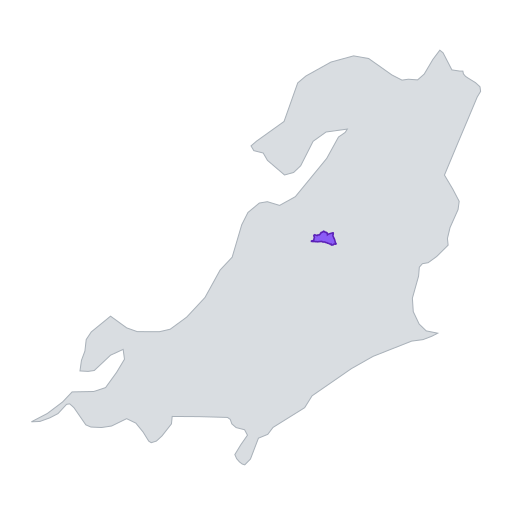 location of Naranjo, Alajuela, Costa Rica, rotated 91°
{"feature_id": "36466004B12549595917957", "entity_name": "Naranjo", "entity_type": "district", "adm_level": 2, "iso_a3": "CRI", "parent_name": "Costa Rica", "parent_adm1": "Alajuela", "projection": "robinson", "projection_center": [-84.384, 10.105], "detail": "fine", "context": "in_parent", "style": "filled", "palette": "violet", "viewbox_px": 512, "rotation_deg": 91, "n_neighbors": 0, "source": "geoboundaries", "source_scale": "gbopen_adm2", "svg_char_len": 5080}
<svg xmlns="http://www.w3.org/2000/svg" viewBox="0 0 512 512"><g transform="rotate(91 256 256)"><path d="M465.0,263.6L464.2,266.2L462.1,269.0L459.0,271.8L454.9,273.7L445.0,267.9L435.3,261.4L429.9,264.4L427.9,272.9L424.3,277.2L419.8,278.9L417.9,281.7L417.6,310.2L417.9,337.0L425.3,337.6L437.6,346.9L442.8,352.4L444.5,357.5L443.0,360.0L434.0,365.8L425.2,373.2L420.9,382.5L428.5,397.4L430.2,407.5L429.9,418.1L427.8,423.2L410.8,435.4L407.1,439.7L407.6,442.8L417.0,451.2L421.4,459.3L425.2,469.2L425.7,477.7L417.1,461.9L405.3,446.8L395.1,437.5L394.3,415.9L390.2,404.1L374.7,393.3L361.5,385.7L351.7,387.2L357.7,399.7L373.3,415.7L374.3,421.8L374.0,430.0L363.4,428.7L354.0,425.4L342.5,424.3L334.8,419.4L318.7,400.4L330.1,384.1L333.7,373.4L333.4,351.3L330.7,340.5L318.3,324.2L298.4,306.3L270.6,291.6L257.6,279.8L225.0,270.8L212.6,264.8L203.0,253.6L201.5,245.6L205.0,233.3L196.0,217.7L157.2,187.0L135.6,175.6L130.9,169.0L127.5,166.9L130.8,188.1L140.3,200.9L165.0,212.9L171.8,219.8L174.5,228.9L160.2,246.2L152.9,250.6L150.7,260.0L146.0,262.9L141.1,257.4L121.0,230.3L82.2,217.3L75.2,209.3L60.8,184.5L54.2,161.9L56.6,146.8L72.6,123.3L77.6,113.1L76.6,106.8L77.1,97.5L71.2,91.0L56.4,82.6L47.0,75.8L49.6,72.5L66.5,63.4L67.6,55.2L67.5,52.4L70.3,51.8L72.7,49.7L74.2,47.4L78.9,39.5L82.9,35.0L87.5,34.3L93.2,37.6L114.5,46.1L138.1,55.6L171.8,69.0L185.7,60.4L197.8,53.8L206.1,54.8L224.2,62.5L235.1,64.9L241.8,64.1L253.4,75.4L259.7,83.8L260.8,89.5L264.3,92.5L273.3,93.1L295.4,98.9L308.9,97.8L321.2,91.7L327.9,84.5L330.0,73.0L333.1,78.7L336.7,87.6L338.4,99.0L354.3,137.2L366.9,158.6L394.8,197.5L406.8,204.7L427.1,236.0L434.1,241.1L438.1,250.4L459.1,258.0L465.0,263.6Z" fill="#d9dde1" stroke="#a8b0b8" stroke-width="1"/><path d="M240.7,196.6L240.5,196.4L240.5,196.1L240.6,195.9L240.6,195.5L240.7,195.4L240.7,195.1L240.8,195.0L240.8,194.7L240.7,194.5L240.7,194.4L240.7,194.1L240.7,193.9L240.5,193.7L240.5,193.4L240.6,193.1L240.6,192.9L240.5,192.7L240.4,192.6L240.4,192.4L240.4,192.2L240.5,191.9L240.4,191.7L240.2,191.3L240.2,191.0L240.2,190.9L240.3,190.8L240.4,190.6L240.4,190.4L240.5,190.4L240.6,190.1L240.6,189.9L240.8,189.7L240.9,189.3L240.9,189.2L240.9,188.8L240.9,188.7L240.7,188.5L240.7,188.4L240.7,188.2L240.8,188.1L240.9,187.9L240.9,187.7L240.8,187.3L240.9,187.1L241.1,186.9L241.2,186.7L241.3,186.6L241.4,186.4L241.4,186.2L241.4,185.5L241.4,185.4L241.5,185.3L241.8,185.0L241.8,184.9L242.0,184.7L242.0,184.3L242.0,184.2L242.1,183.8L242.2,183.7L242.2,183.4L242.3,183.2L242.5,182.9L242.6,182.7L242.8,182.3L242.8,181.6L242.8,181.4L242.8,181.1L243.1,181.1L243.3,181.2L243.5,181.1L243.7,180.9L243.8,180.3L243.8,180.2L243.7,180.1L243.6,179.8L243.6,179.4L243.6,179.1L243.2,178.9L242.9,178.5L242.8,178.3L242.7,178.2L242.7,177.5L242.8,177.4L242.9,177.2L242.8,176.8L242.8,176.7L242.7,176.6L242.7,176.3L242.6,176.2L242.4,176.1L242.2,176.1L241.9,176.3L241.7,176.6L241.5,176.8L241.3,176.8L241.2,176.9L241.0,177.0L240.8,177.0L240.7,177.0L240.4,177.1L240.2,177.1L239.9,177.2L239.7,177.3L239.2,177.4L238.8,177.5L238.7,177.5L238.4,177.6L238.2,177.7L238.1,177.8L237.8,177.9L237.4,178.0L237.2,178.1L237.1,178.3L236.9,178.3L236.8,178.5L236.4,178.6L236.2,178.6L236.0,178.8L235.9,178.8L235.6,178.9L235.4,179.0L235.2,179.2L234.7,179.4L234.1,179.4L234.0,179.5L233.9,179.5L233.7,179.5L233.5,179.4L233.4,179.4L233.3,179.2L233.2,179.2L232.9,179.2L232.8,179.3L232.6,179.3L232.3,179.4L232.2,179.4L232.1,179.2L231.9,179.1L231.7,179.2L231.6,179.4L231.4,179.4L231.4,179.5L232.7,183.7L233.6,184.9L233.4,184.9L233.1,185.0L232.9,185.1L232.7,185.1L232.4,185.2L232.2,185.2L232.2,185.3L231.9,185.5L231.7,185.7L231.4,185.6L231.3,185.8L231.1,186.0L231.1,186.7L231.1,186.8L231.2,187.0L231.1,187.3L231.0,187.5L230.9,187.5L230.6,187.6L230.4,187.7L230.4,187.8L230.3,188.3L230.2,188.4L230.1,188.5L230.0,188.9L230.0,189.0L230.3,189.2L230.4,189.3L230.6,189.3L230.8,189.4L230.9,189.6L231.0,189.8L230.9,190.1L231.0,190.2L231.1,190.3L231.1,190.6L231.2,190.9L231.2,191.0L231.3,191.3L231.5,191.4L231.6,191.5L231.8,191.5L232.1,191.5L232.2,191.8L232.3,191.8L232.5,191.9L232.8,192.1L233.1,192.4L233.2,192.5L233.3,192.7L233.5,192.7L233.6,192.8L233.7,193.0L233.8,193.1L233.9,193.4L233.9,193.5L233.8,194.0L233.8,194.3L234.0,194.5L234.0,194.8L234.3,194.9L234.4,195.0L234.2,195.2L234.2,195.3L234.2,195.5L234.3,195.6L234.4,195.8L234.3,196.1L234.3,196.3L234.2,196.4L234.1,196.6L234.0,196.8L233.9,196.9L233.9,197.0L233.9,197.8L233.8,198.0L234.0,198.1L234.3,198.3L234.5,198.4L234.5,198.5L234.8,198.6L235.0,198.5L235.1,198.4L235.3,198.3L235.5,198.3L235.8,198.1L236.0,198.1L236.3,198.0L236.4,197.9L236.5,197.9L236.6,198.0L236.8,198.1L237.0,198.1L237.3,198.3L237.5,198.3L237.9,198.3L238.0,198.3L238.4,198.4L238.5,198.4L238.6,198.5L238.8,198.4L239.1,198.5L239.5,198.5L239.8,198.8L239.8,199.0L239.8,199.3L239.8,199.5L239.7,199.8L239.8,199.9L239.8,200.0L239.9,200.3L239.9,200.6L240.0,200.6L240.1,200.8L240.4,200.8L240.4,200.6L240.5,200.4L240.5,200.2L240.6,199.7L240.6,199.4L240.6,199.1L240.6,198.9L240.6,198.6L240.6,198.2L240.5,197.9L240.5,197.5L240.5,197.4L240.6,197.2L240.7,196.8L240.7,196.7L240.7,196.6Z" fill="#8b5cf6" stroke="#5b21b6" stroke-width="1.5"/></g></svg>